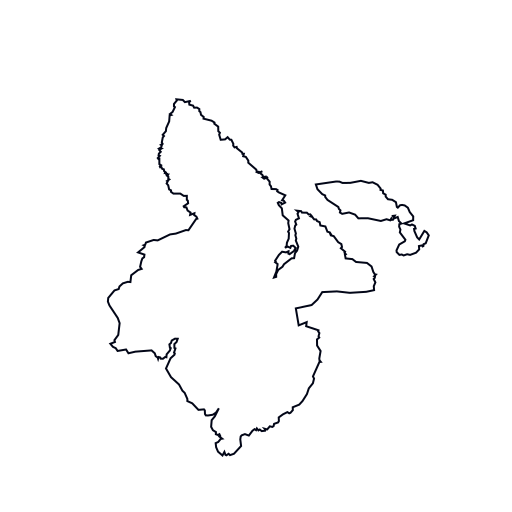 Frogn nor, Akershus, Norway, rotated 158°
{"feature_id": "86288312B20700127257552", "entity_name": "Frogn nor", "entity_type": "district", "adm_level": 2, "iso_a3": "NOR", "parent_name": "Norway", "parent_adm1": "Akershus", "projection": "natural_earth1", "projection_center": [10.666, 59.695], "detail": "fine", "context": "isolated", "style": "outline", "palette": "ink", "viewbox_px": 512, "rotation_deg": 158, "n_neighbors": 0, "source": "geoboundaries", "source_scale": "gbopen_adm2", "svg_char_len": 6105}
<svg xmlns="http://www.w3.org/2000/svg" viewBox="0 0 512 512"><g transform="rotate(158 256 256)"><path d="M311.7,356.7L310.9,354.5L311.6,350.3L310.2,348.7L310.8,347.4L309.2,344.8L302.8,342.2L300.5,338.8L297.6,337.7L299.1,334.0L298.5,332.9L299.2,330.3L304.4,329.2L304.3,328.1L302.3,327.1L302.4,323.8L300.4,320.8L301.7,318.8L297.1,318.7L298.0,317.1L296.5,314.8L296.4,312.6L297.7,312.7L309.0,305.2L311.3,306.3L321.9,306.8L327.6,308.2L341.3,307.3L344.9,309.2L353.0,309.7L354.5,308.0L356.0,308.0L355.3,307.2L356.1,306.0L364.0,303.5L358.9,299.1L360.2,296.8L362.3,296.3L364.4,293.9L367.5,289.4L366.9,286.9L370.5,287.2L378.9,284.9L382.2,278.9L384.6,280.1L389.7,280.5L394.0,278.9L395.7,276.8L400.1,277.1L408.7,272.5L410.4,269.2L410.4,265.0L407.4,250.3L407.6,244.8L413.3,234.4L418.8,231.0L419.0,229.1L423.9,229.2L422.7,225.4L420.6,223.1L419.9,219.8L411.5,218.0L410.7,213.6L403.7,212.5L388.2,207.6L386.3,203.7L386.5,200.7L385.2,198.7L385.3,197.3L384.1,198.8L382.8,197.8L382.8,196.5L380.8,195.6L378.0,196.4L377.0,195.7L375.7,198.3L371.3,200.6L369.6,202.5L370.2,203.1L369.4,206.5L367.4,207.2L365.8,209.2L362.1,209.7L359.6,208.6L361.9,206.0L364.7,204.9L366.1,201.3L365.3,200.5L368.2,197.1L367.8,196.1L368.6,195.0L373.5,193.2L381.6,185.4L380.2,175.5L375.5,165.7L374.7,158.7L373.4,155.8L373.2,149.2L374.0,147.2L370.3,143.3L367.0,134.9L361.7,133.3L361.3,132.0L362.5,128.6L362.2,127.0L360.2,126.1L355.5,125.0L351.7,125.8L347.5,128.7L354.3,122.7L358.6,120.4L361.6,114.4L361.2,110.6L359.1,107.8L360.0,105.8L358.3,104.3L356.7,104.5L356.6,102.6L357.6,102.3L355.8,99.3L357.3,99.6L360.7,97.7L363.5,97.6L364.6,93.6L364.5,88.8L361.8,83.6L358.7,86.2L358.8,83.0L358.1,82.3L355.5,82.9L354.7,81.1L350.5,80.9L341.0,85.4L339.3,91.8L337.8,94.4L336.4,95.1L333.0,95.0L329.9,92.2L324.7,95.3L322.2,96.0L321.2,94.5L319.8,95.8L319.1,93.4L317.5,93.7L316.3,91.5L313.0,90.6L312.3,91.4L312.7,92.6L310.6,91.0L307.0,92.9L304.9,91.4L303.4,91.7L302.1,93.6L297.9,93.4L296.6,94.4L295.4,97.8L290.3,99.1L285.4,99.5L284.1,97.7L282.8,97.7L279.6,99.3L278.6,102.0L271.6,102.0L267.2,104.1L260.5,108.9L256.6,113.5L250.9,116.7L248.1,120.6L248.3,123.0L236.9,134.0L235.6,133.6L236.2,135.6L235.7,137.3L231.7,143.7L232.9,150.1L230.7,155.8L227.9,156.7L228.1,158.1L226.1,160.8L226.6,162.8L225.9,163.7L235.8,172.1L233.8,175.7L242.4,175.7L238.7,192.5L222.8,189.7L215.3,192.6L208.1,197.7L194.3,192.9L182.8,186.7L167.2,181.5L159.3,180.1L158.1,183.9L155.2,186.8L155.5,190.6L154.0,191.3L153.3,192.5L153.9,193.0L151.8,193.9L152.7,194.5L153.2,197.2L152.8,203.0L155.7,208.0L165.5,213.0L167.8,217.0L173.8,220.2L173.0,224.1L172.1,224.1L172.7,225.9L171.8,226.6L174.4,231.4L172.9,232.1L172.4,235.1L174.6,238.0L176.5,245.3L178.9,247.1L178.9,248.1L178.3,247.7L178.7,250.2L180.7,251.8L180.6,257.4L184.9,260.2L184.3,263.5L186.3,265.5L186.5,267.3L188.4,268.2L189.2,271.1L190.3,272.1L189.4,272.2L190.1,274.3L191.6,274.8L192.6,277.1L197.1,279.0L197.4,280.7L201.1,282.7L200.1,280.8L201.7,279.6L202.1,274.8L205.5,274.6L206.8,273.3L206.9,270.0L208.2,269.6L210.1,266.9L210.6,261.9L211.7,260.6L212.1,257.0L213.3,255.4L213.3,248.8L215.9,245.6L218.8,244.0L221.5,239.7L223.9,240.5L233.1,237.9L235.5,236.1L240.6,234.8L244.1,231.7L245.1,229.1L247.4,229.3L243.0,233.9L239.4,239.6L239.0,240.5L240.6,243.1L239.8,243.5L240.0,244.5L234.4,248.4L230.2,250.2L226.8,248.1L224.1,248.2L225.1,246.1L224.2,245.1L217.4,246.8L217.8,247.4L216.2,248.6L217.6,251.6L219.7,252.2L221.1,250.7L223.0,252.8L226.0,252.8L223.9,253.8L222.3,256.8L219.2,259.8L216.8,265.0L217.1,266.5L214.9,268.3L213.8,274.4L212.5,276.7L216.0,283.7L214.2,290.5L215.8,294.6L215.9,297.1L214.5,297.4L212.7,295.8L212.8,294.3L209.0,294.6L209.5,296.8L210.9,297.9L206.1,301.3L211.1,306.5L212.1,308.1L211.3,309.1L212.4,310.5L216.5,312.3L216.0,315.0L216.6,317.2L215.5,319.8L217.0,324.3L215.3,324.7L219.5,324.6L220.5,326.3L216.2,325.7L219.6,326.5L219.7,328.8L220.9,330.9L220.2,332.1L218.3,332.2L222.4,332.0L223.7,333.4L223.0,333.6L223.7,334.0L223.4,336.0L228.2,345.4L227.4,347.3L228.3,351.7L230.5,353.3L229.0,355.3L230.3,355.8L230.1,357.2L233.3,363.0L233.1,364.4L235.2,364.7L235.8,366.9L235.0,368.5L235.3,373.0L236.7,373.7L237.8,376.8L241.0,375.7L245.2,377.0L244.7,382.3L243.3,383.8L244.2,385.8L242.6,390.1L245.1,394.3L244.5,395.3L246.5,398.1L253.2,403.0L252.4,404.5L254.1,407.5L253.6,410.2L254.3,411.5L253.5,413.5L255.1,415.7L257.8,416.7L258.0,419.0L261.1,421.3L260.4,423.8L258.4,424.3L264.3,425.3L265.4,428.1L271.1,431.1L271.2,429.8L275.1,427.7L276.0,425.5L275.4,424.4L279.4,420.8L282.5,419.9L281.7,418.5L283.4,418.7L286.1,413.3L291.3,408.3L292.8,405.5L297.1,403.3L296.4,401.7L298.0,400.9L300.8,396.6L300.6,395.0L302.5,394.7L301.9,393.9L303.2,392.3L305.1,392.0L303.6,391.0L306.0,390.6L305.3,388.3L307.7,387.3L308.6,385.8L307.7,384.9L310.4,383.6L310.1,382.4L309.2,382.3L311.2,377.4L310.0,375.7L311.6,375.1L311.6,374.1L310.4,373.8L310.3,371.9L309.0,370.9L309.4,369.1L308.7,368.0L309.4,367.1L308.3,366.8L308.6,365.9L307.7,365.5L308.3,364.6L307.0,364.3L308.2,363.2L307.6,362.2L308.4,360.5L307.7,359.5L310.3,358.9L309.9,358.3L311.7,356.7ZM120.3,202.8L118.9,201.2L115.2,201.0L112.7,199.3L106.4,199.1L102.2,201.0L101.2,204.2L97.9,203.6L97.9,202.5L97.1,202.5L96.1,204.2L93.9,204.2L88.1,210.4L88.9,214.0L90.5,216.2L98.5,210.2L99.6,212.9L99.8,219.7L99.3,221.9L97.7,221.7L97.5,224.5L99.6,226.8L101.6,226.6L106.4,230.7L96.9,230.3L95.4,233.8L97.0,239.1L97.1,243.9L99.2,247.2L101.4,248.6L103.4,249.1L106.4,247.7L107.0,248.7L106.1,253.5L108.7,257.1L112.4,259.2L113.5,262.5L112.8,264.3L114.6,266.5L113.8,269.2L115.8,270.6L115.2,271.9L116.6,276.5L120.3,280.7L124.0,281.5L130.6,286.4L141.2,288.5L148.4,291.3L150.9,293.8L154.0,295.1L173.7,299.9L174.0,294.9L171.4,288.5L169.2,286.2L169.7,284.8L168.7,281.2L161.3,270.6L161.5,268.6L160.6,266.7L161.9,264.9L160.3,262.8L153.4,261.5L148.6,257.2L147.0,252.6L138.1,249.1L127.1,241.7L121.2,241.2L118.2,238.8L116.6,240.0L116.7,238.7L115.4,238.3L114.1,239.4L114.1,241.9L112.2,241.4L113.6,240.3L113.1,239.1L110.0,239.1L110.4,234.8L109.0,231.6L111.2,231.8L112.3,229.5L112.2,226.4L113.8,224.0L111.4,215.1L112.5,213.9L118.9,213.0L123.6,208.6L124.1,206.9L122.6,203.3L120.3,202.8Z" fill="none" stroke="#020617" stroke-width="2"/></g></svg>